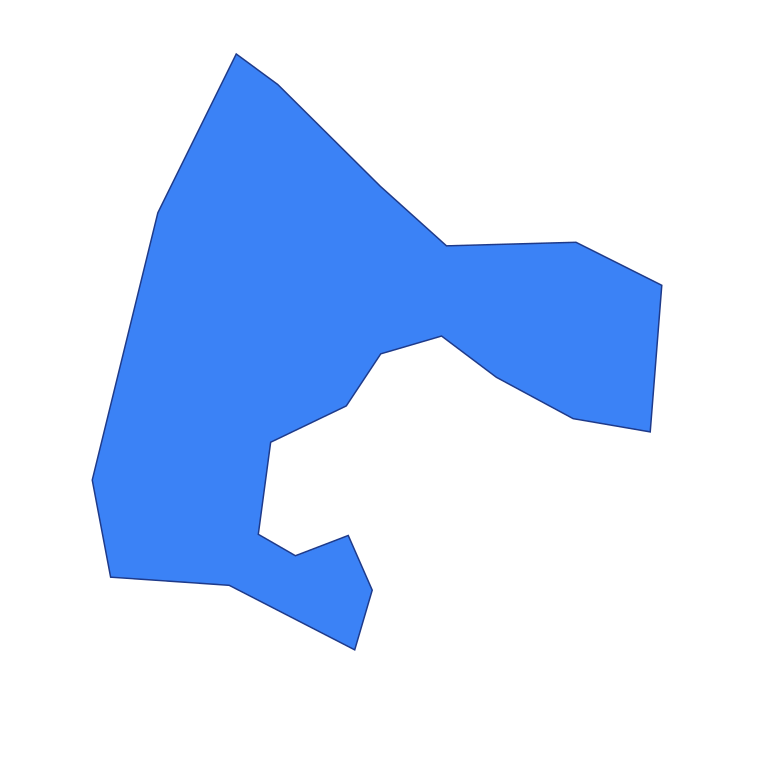 outline of Port Louis, rotated 198°
{"feature_id": "MUS-5189", "entity_name": "Port Louis", "entity_type": "City", "adm_level": 1, "iso_a3": "MUS", "parent_name": "Mauritius", "parent_adm1": "", "projection": "orthographic", "projection_center": [57.509, -20.162], "detail": "fine", "context": "isolated", "style": "filled", "palette": "blue", "viewbox_px": 768, "rotation_deg": 198, "n_neighbors": 0, "source": "natural_earth", "source_scale": "10m", "svg_char_len": 447}
<svg xmlns="http://www.w3.org/2000/svg" viewBox="0 0 768 768"><g transform="rotate(198 384 384)"><path d="M150.3,563.7L116.0,420.7L193.4,409.5L279.2,425.1L344.1,447.4L396.4,411.7L413.1,351.5L473.8,293.6L457.1,202.2L415.2,193.3L371.2,228.9L331.5,184.3L329.7,122.1L469.0,144.7L584.3,115.8L631.8,202.5L652.0,477.0L626.5,652.2L577.4,635.9L448.6,570.9L367.3,534.7L245.2,578.1L150.3,563.7Z" fill="#3b82f6" stroke="#1e3a8a" stroke-width="1.5"/></g></svg>